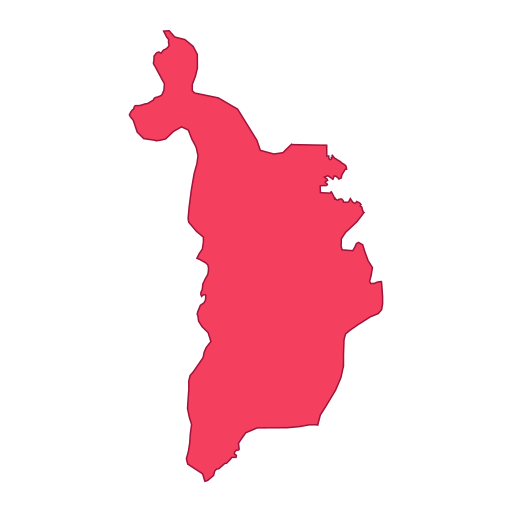 Bani Matar, Sana'a, Yemen (Robinson projection)
{"feature_id": "15242507B86732634383782", "entity_name": "Bani Matar", "entity_type": "district", "adm_level": 2, "iso_a3": "YEM", "parent_name": "Yemen", "parent_adm1": "Sana'a", "projection": "robinson", "projection_center": [44.032, 15.215], "detail": "fine", "context": "isolated", "style": "filled", "palette": "rose", "viewbox_px": 512, "rotation_deg": 0, "n_neighbors": 0, "source": "geoboundaries", "source_scale": "gbopen_adm2", "svg_char_len": 5750}
<svg xmlns="http://www.w3.org/2000/svg" viewBox="0 0 512 512"><path d="M346.6,169.2L346.4,167.7L345.8,165.7L343.9,164.2L342.3,163.3L339.8,161.2L338.4,160.5L336.9,159.6L336.0,158.9L334.7,158.2L333.8,157.2L333.6,157.1L333.0,156.2L332.7,155.6L332.5,155.3L332.3,155.3L332.2,155.3L332.1,155.5L332.3,156.1L332.4,156.4L332.5,156.5L332.4,156.7L332.3,156.9L331.8,157.5L331.7,157.5L331.4,157.5L331.5,157.8L331.8,158.2L331.8,158.3L331.8,158.5L330.4,159.6L330.2,159.7L328.9,158.7L328.8,157.6L328.8,156.3L328.8,156.0L326.8,156.0L326.7,145.2L318.7,145.1L292.5,144.6L291.6,144.2L291.1,144.7L286.8,148.8L282.9,152.7L273.9,154.0L269.8,152.9L266.1,151.9L260.3,150.3L256.9,140.3L237.6,109.1L233.5,106.7L233.2,106.6L218.4,97.9L194.6,93.0L193.0,91.4L192.9,91.4L192.3,90.8L192.3,84.4L195.4,76.3L197.4,68.2L197.4,65.6L197.3,54.4L194.5,49.0L193.2,46.5L193.2,46.4L184.8,39.5L182.6,39.0L177.4,37.7L175.5,37.2L174.5,36.8L169.1,30.7L163.6,31.1L166.5,36.7L166.9,37.5L167.7,38.1L167.9,38.7L168.4,39.1L168.6,39.7L168.6,40.7L168.5,41.4L168.5,42.2L168.6,43.1L168.8,43.9L168.9,44.8L169.0,45.4L168.8,46.3L168.4,46.7L167.9,47.1L167.5,47.5L167.0,48.1L166.3,48.6L165.8,49.0L165.1,49.4L163.9,49.8L162.9,50.7L161.8,52.3L161.0,53.2L160.5,53.0L160.4,53.0L159.0,52.0L158.4,52.2L157.8,52.3L157.2,52.6L156.5,53.0L156.1,53.5L155.7,53.9L155.4,54.5L154.8,55.1L154.2,55.8L154.0,56.5L154.0,57.2L154.0,57.9L154.0,58.6L153.9,59.6L153.9,60.2L153.8,61.0L153.7,61.8L153.4,62.7L153.5,63.4L153.7,64.1L154.0,64.8L154.4,65.3L154.8,65.9L159.4,74.5L159.5,74.6L162.4,80.2L164.3,83.4L164.3,83.6L164.3,84.2L164.3,84.9L164.3,85.6L164.2,86.3L164.1,87.9L164.0,88.6L164.0,89.3L163.9,90.0L163.7,90.7L163.3,91.5L163.1,92.1L162.9,92.7L162.5,93.6L162.2,94.2L161.8,94.9L161.3,95.4L160.8,95.6L160.2,96.0L159.6,96.2L158.9,96.5L158.3,96.7L157.8,96.9L157.1,97.2L156.5,97.2L155.9,97.4L155.3,97.6L154.7,97.9L154.3,98.3L153.9,98.8L153.7,99.5L153.3,100.1L152.8,100.4L152.2,100.7L151.7,101.1L151.1,101.4L151.0,101.5L149.8,102.2L149.3,102.5L148.5,103.0L148.0,103.3L147.2,103.6L146.6,103.7L146.0,103.8L145.4,103.8L144.8,104.0L144.2,104.2L143.4,104.4L142.7,104.7L142.2,104.8L141.6,105.0L140.8,105.2L140.2,105.4L139.6,105.5L138.9,105.6L138.2,105.6L137.0,105.6L136.2,105.6L135.6,105.6L135.0,105.8L134.5,106.5L134.1,107.2L134.0,107.9L133.6,108.9L133.1,109.4L132.3,110.0L131.9,110.5L131.4,111.2L130.9,111.9L130.5,112.5L130.4,113.0L130.2,113.3L129.9,113.8L129.4,114.8L130.4,116.8L133.3,120.4L137.2,132.1L138.7,133.6L143.7,138.6L155.1,140.3L156.0,140.8L160.6,140.2L165.7,138.9L173.6,131.3L173.8,131.2L181.5,126.9L188.3,130.0L191.7,138.7L191.9,139.2L195.2,145.4L196.2,147.5L198.0,155.6L196.9,163.8L196.2,166.3L195.8,167.6L194.1,173.8L193.3,178.5L191.3,190.2L190.4,197.2L189.2,206.5L189.1,207.3L188.1,218.4L188.7,222.2L193.3,227.6L196.6,231.5L202.4,236.3L203.4,237.1L203.4,242.2L202.9,245.5L202.3,249.1L199.8,252.8L199.0,254.1L196.9,258.3L199.6,259.4L205.8,262.9L207.9,265.0L208.0,265.5L208.5,268.1L208.3,271.7L207.8,274.4L205.3,278.8L203.8,282.1L202.9,283.8L202.7,285.6L202.3,288.9L202.2,289.7L200.9,292.4L200.9,294.7L201.6,296.4L202.9,295.1L204.3,294.7L205.0,294.7L205.8,295.5L205.6,298.5L205.5,299.8L205.4,300.3L203.9,302.9L200.4,305.3L198.5,309.9L197.9,311.3L197.2,313.9L197.6,315.2L198.0,316.6L198.3,319.0L198.6,321.1L202.0,326.6L208.1,332.6L208.2,332.9L210.9,341.5L206.2,347.6L204.2,352.1L203.1,357.6L193.4,371.7L190.1,375.5L189.3,378.8L188.7,381.5L188.8,383.6L188.8,389.8L188.5,393.4L187.5,408.5L189.6,418.3L190.6,421.3L191.6,424.3L190.3,434.0L189.7,443.1L188.4,451.3L186.5,458.4L186.4,458.8L187.7,464.1L202.6,473.8L204.9,481.3L207.6,480.5L213.6,475.4L214.7,471.1L216.5,469.1L218.9,468.7L224.7,463.5L226.6,463.2L230.1,459.6L231.8,457.4L236.0,457.4L236.4,455.4L234.3,453.8L234.8,451.7L236.4,450.2L238.3,450.1L239.0,449.6L239.1,448.8L238.9,446.9L238.5,443.3L240.5,440.2L245.7,432.8L257.1,427.9L268.6,427.8L276.7,427.8L282.5,427.7L287.5,427.7L299.5,426.6L309.4,424.8L316.4,424.8L317.7,425.1L320.3,415.0L325.6,406.7L335.6,390.1L340.9,377.7L343.5,365.9L343.5,356.9L343.5,354.7L344.0,339.9L345.5,334.0L349.8,330.4L352.5,328.5L355.4,326.5L358.2,324.5L361.6,322.4L370.4,316.8L378.2,313.6L381.6,309.7L382.6,303.7L382.6,296.1L382.5,295.4L382.2,290.8L381.5,281.9L381.2,281.5L378.2,281.9L377.3,282.1L374.4,283.4L370.8,283.5L370.1,282.3L369.6,281.3L371.1,275.6L372.4,267.9L372.5,267.7L368.1,260.7L367.6,259.2L364.9,251.9L362.7,244.8L358.5,242.4L356.4,243.6L354.8,247.2L352.7,250.7L351.4,250.6L350.5,250.5L346.3,250.2L345.3,250.0L345.2,250.2L342.1,249.8L341.1,246.2L341.4,238.7L345.6,232.3L350.0,228.3L351.4,226.9L352.0,226.4L357.0,221.6L364.0,212.5L363.2,212.2L362.9,210.8L362.7,210.8L362.3,209.4L361.8,207.0L360.2,206.1L360.7,204.5L360.9,204.4L359.6,202.9L359.2,202.7L356.7,201.5L356.5,202.0L355.7,202.8L355.0,203.4L354.3,203.2L352.4,201.7L350.3,198.6L349.0,201.3L347.8,202.3L346.2,202.3L345.4,202.1L344.8,202.3L344.4,202.3L343.6,202.2L343.4,201.4L343.2,200.8L342.8,200.2L342.1,199.4L341.9,199.2L341.2,198.9L340.0,199.1L339.0,199.5L338.6,199.4L338.1,200.0L337.1,200.2L336.7,199.8L336.4,199.5L335.8,199.3L335.4,199.2L335.3,198.9L335.2,199.1L334.7,199.1L334.5,198.8L334.4,198.4L334.4,197.8L333.8,196.5L332.2,193.3L331.6,192.2L331.2,191.8L330.8,192.2L330.6,192.3L330.3,193.1L330.1,193.2L327.8,193.0L323.0,192.8L320.4,192.6L320.3,189.2L320.2,187.4L320.2,186.2L320.3,185.8L321.1,185.7L323.1,185.6L324.2,185.6L324.9,185.6L325.9,185.6L326.7,185.3L327.4,184.6L327.2,184.1L326.7,183.5L325.7,182.8L325.3,182.4L325.3,182.1L325.3,181.8L325.4,181.6L325.8,181.2L326.5,181.0L327.1,180.7L327.5,180.5L327.7,180.2L326.8,178.8L325.8,178.2L325.2,177.7L324.4,177.1L327.9,175.7L332.9,179.3L334.2,176.0L336.1,176.3L339.1,178.9L339.1,179.0L341.4,177.8L341.4,176.8L342.0,174.6L344.0,171.3L345.5,169.1L346.6,169.2Z" fill="#f43f5e" stroke="#9f1239" stroke-width="1.5"/></svg>